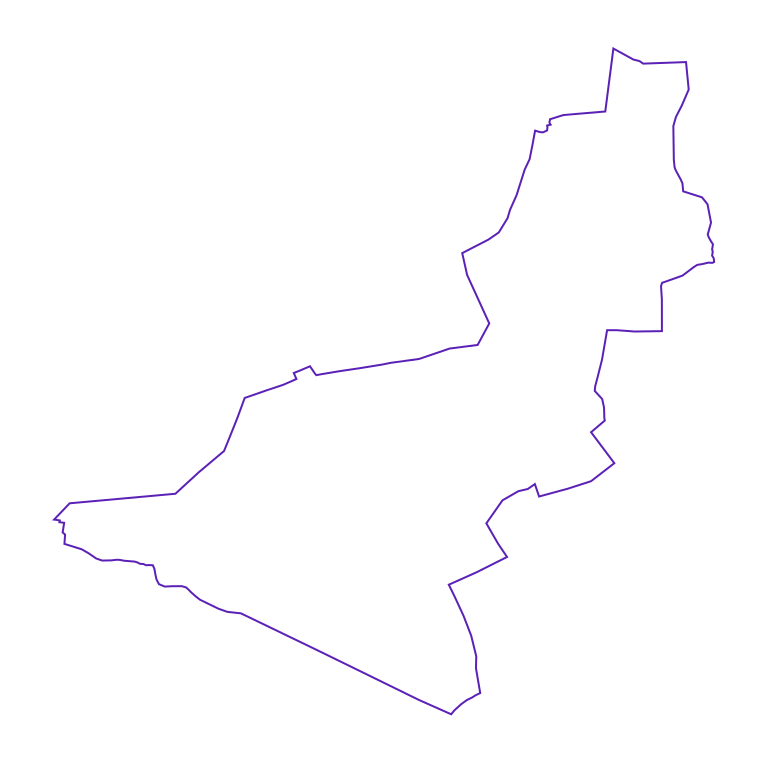 Roni, Jigawa, Nigeria, rotated 89°
{"feature_id": "59680162B41504820717654", "entity_name": "Roni", "entity_type": "district", "adm_level": 2, "iso_a3": "NGA", "parent_name": "Nigeria", "parent_adm1": "Jigawa", "projection": "natural_earth1", "projection_center": [8.308, 12.563], "detail": "fine", "context": "isolated", "style": "outline", "palette": "violet", "viewbox_px": 768, "rotation_deg": 89, "n_neighbors": 0, "source": "geoboundaries", "source_scale": "gbopen_adm2", "svg_char_len": 2200}
<svg xmlns="http://www.w3.org/2000/svg" viewBox="0 0 768 768"><g transform="rotate(89 384 384)"><path d="M67.4,76.4L68.2,119.3L65.6,122.9L63.9,129.1L52.6,148.8L115.4,158.0L118.2,199.9L122.2,213.4L123.6,213.6L124.7,214.0L126.2,213.8L127.6,212.9L128.4,216.4L130.2,216.1L133.3,216.5L135.1,220.4L135.0,222.7L134.6,224.5L133.3,228.5L147.1,231.3L161.8,234.5L172.1,239.6L197.4,248.1L212.2,255.0L220.4,257.6L234.5,266.6L241.4,277.0L254.5,303.5L276.4,299.0L325.3,277.7L346.6,289.7L349.7,317.8L359.6,348.6L362.9,376.6L364.5,385.3L367.8,408.2L370.4,428.2L373.1,446.4L374.0,451.5L372.2,453.0L367.7,455.9L365.0,457.7L369.2,468.1L371.4,474.0L377.5,471.5L383.1,484.9L387.9,500.3L395.5,523.5L415.6,531.3L433.7,538.9L448.2,545.1L468.9,570.6L469.1,570.9L469.7,571.5L490.1,594.5L497.8,700.4L513.8,716.2L514.2,713.6L514.8,710.5L516.5,710.9L517.2,706.2L526.8,707.9L529.0,705.5L538.3,706.3L544.0,689.1L547.9,682.6L553.4,674.9L555.6,668.9L555.6,665.8L555.6,659.9L555.1,654.8L555.2,651.6L556.2,646.7L557.2,636.5L558.1,633.7L559.5,631.1L559.8,627.7L561.1,624.9L560.9,622.4L561.2,618.3L564.8,616.8L570.3,615.9L575.4,614.9L580.2,612.5L582.7,606.8L582.5,599.3L582.6,589.8L583.9,585.5L586.2,583.0L589.1,580.3L593.2,575.8L596.5,571.7L600.8,563.3L605.8,553.4L609.1,544.6L610.8,531.1L650.3,452.8L659.7,434.4L700.5,354.6L715.4,322.6L711.6,319.4L705.6,312.6L701.4,306.6L699.1,301.6L696.7,297.6L694.7,293.2L669.8,297.0L657.9,296.5L637.2,301.2L617.2,308.5L598.4,316.8L585.8,322.7L573.8,294.6L559.1,264.0L545.7,272.7L525.1,284.1L502.4,267.6L493.5,251.5L491.5,242.1L486.7,234.9L499.2,230.9L491.9,202.1L484.8,178.7L467.2,155.1L435.8,177.8L424.4,163.9L421.8,164.3L411.5,164.4L402.9,166.1L394.6,173.4L390.0,172.9L382.3,170.7L363.5,165.6L334.1,160.0L334.3,150.0L335.9,132.4L336.0,105.2L304.1,104.7L291.0,105.3L287.7,104.2L280.8,83.6L272.4,72.1L270.3,68.6L269.9,65.2L269.2,61.6L268.3,57.6L268.6,53.6L267.8,51.8L264.1,52.1L261.4,53.7L257.6,53.0L254.9,53.6L252.2,53.0L250.0,52.7L246.6,54.8L243.1,56.7L240.2,57.7L228.3,54.2L209.9,57.4L202.9,62.8L196.6,81.5L188.6,82.1L184.8,83.7L180.8,85.8L175.2,88.7L172.2,89.7L169.7,89.9L165.0,90.3L131.2,90.2L122.2,87.5L110.8,81.4L94.9,74.2L67.4,76.4Z" fill="none" stroke="#5b21b6" stroke-width="2"/></g></svg>